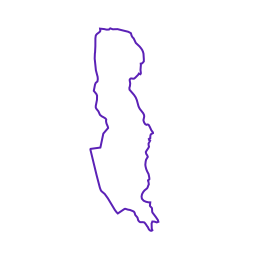 an SVG outline of Jinotega, rotated 141°
{"feature_id": "NIC-656", "entity_name": "Jinotega", "entity_type": "Department", "adm_level": 1, "iso_a3": "NIC", "parent_name": "Nicaragua", "parent_adm1": "", "projection": "equal_earth", "projection_center": [-85.491, 13.798], "detail": "fine", "context": "isolated", "style": "outline", "palette": "violet", "viewbox_px": 256, "rotation_deg": 141, "n_neighbors": 0, "source": "natural_earth", "source_scale": "10m", "svg_char_len": 2744}
<svg xmlns="http://www.w3.org/2000/svg" viewBox="0 0 256 256"><g transform="rotate(141 128 128)"><path d="M167.9,40.0L169.8,38.9L172.9,34.8L173.4,33.2L173.8,33.2L174.5,33.4L174.7,33.6L175.0,33.9L175.2,34.3L175.4,34.8L175.5,35.6L175.5,36.3L175.1,38.0L174.9,38.7L175.0,39.4L174.9,40.0L174.8,41.2L174.7,41.9L174.7,42.9L174.7,44.0L174.8,44.3L174.9,44.6L176.1,45.8L177.4,46.8L177.8,47.2L178.1,48.0L178.2,48.9L178.1,50.0L177.1,52.2L177.0,53.0L177.1,55.5L177.0,56.1L176.3,57.7L176.1,58.5L176.1,59.3L176.4,60.1L178.0,63.0L179.5,64.7L180.8,66.7L181.2,67.1L181.8,67.3L189.7,68.0L189.9,69.6L189.8,72.5L187.9,86.0L187.6,91.4L188.4,95.7L188.2,97.1L187.4,99.4L182.1,111.1L171.0,134.5L170.6,135.1L170.2,135.3L161.8,130.2L161.5,130.4L150.8,139.1L150.6,139.2L143.5,140.5L143.1,141.1L142.7,142.2L141.9,145.0L141.2,146.4L140.6,147.4L139.7,148.1L139.5,148.9L139.6,149.9L140.3,151.9L140.9,153.2L141.3,154.8L141.5,155.9L140.5,159.6L140.5,161.7L140.5,162.3L140.4,163.4L140.1,164.3L139.2,165.4L134.4,169.4L131.7,172.6L131.2,174.2L131.2,178.4L126.3,182.5L124.6,183.4L122.5,183.4L120.7,185.0L119.4,186.9L118.2,189.6L116.6,193.1L110.2,202.9L106.9,206.7L106.0,207.5L101.9,212.1L96.9,218.2L95.0,220.0L94.1,220.4L93.0,220.6L89.8,220.5L88.8,220.7L88.3,221.0L87.2,222.8L84.2,219.8L82.8,218.0L81.5,217.0L80.8,216.5L79.5,216.6L79.1,216.6L77.7,214.3L73.9,211.4L67.3,202.7L66.7,201.4L66.1,199.8L67.1,197.5L67.4,195.6L67.2,194.1L68.4,189.2L67.7,184.1L67.7,181.6L67.9,179.6L68.4,177.8L69.2,176.0L72.4,171.5L73.8,169.8L75.2,169.5L76.5,169.4L77.6,170.0L78.4,168.8L81.8,165.2L82.6,163.9L83.5,162.5L84.5,162.0L85.4,163.5L86.3,163.0L90.8,162.5L92.4,162.6L93.3,163.4L94.1,164.3L94.9,164.8L96.1,164.6L96.7,164.0L98.2,161.3L100.1,159.4L101.7,158.3L102.7,156.8L102.5,149.8L102.8,146.8L103.6,144.1L106.1,138.4L106.5,137.0L106.8,135.4L106.9,129.8L107.4,127.9L108.3,126.6L110.4,124.9L110.5,124.9L110.7,124.7L111.3,124.0L112.0,122.1L112.2,120.2L111.7,118.9L110.4,118.3L110.0,117.3L110.4,115.0L111.3,111.5L111.4,108.9L111.8,108.3L112.7,108.5L114.3,108.7L115.4,108.0L117.2,106.0L117.9,106.3L118.5,106.3L118.4,105.7L118.5,105.6L118.8,105.6L119.1,105.5L118.8,104.2L121.8,103.0L122.7,101.8L123.5,100.2L125.4,99.4L126.2,99.2L127.6,98.8L129.3,98.1L130.1,96.5L130.3,94.6L130.8,93.1L133.9,92.0L135.4,90.8L137.7,88.5L138.7,86.8L139.7,84.6L140.4,82.3L141.0,79.3L141.9,77.5L142.9,75.7L143.7,74.7L144.1,74.6L145.0,74.8L145.4,74.7L145.7,74.3L145.9,73.4L146.5,72.4L146.9,71.7L147.4,71.0L148.2,70.7L150.3,69.4L151.2,69.1L154.5,69.1L156.7,68.6L158.8,67.7L160.6,66.2L161.7,64.3L161.6,61.6L160.4,59.3L158.9,57.4L157.5,56.2L159.9,53.8L160.0,53.0L159.8,51.2L159.9,50.5L161.9,47.7L162.2,46.9L162.4,41.0L162.7,37.7L163.4,36.0L165.0,36.5L166.4,38.6L167.9,40.0Z" fill="none" stroke="#5b21b6" stroke-width="2"/></g></svg>